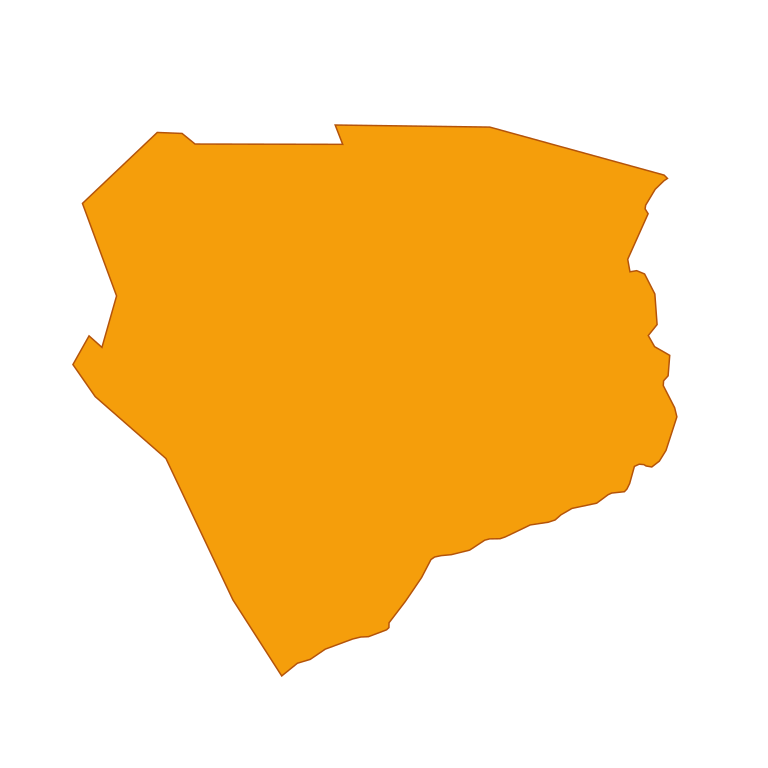 the district of Hart, Georgia, United States of America, rotated 83°
{"feature_id": "52423323B38261098035275", "entity_name": "Hart", "entity_type": "district", "adm_level": 2, "iso_a3": "USA", "parent_name": "United States of America", "parent_adm1": "Georgia", "projection": "equal_earth", "projection_center": [-82.915, 34.353], "detail": "fine", "context": "isolated", "style": "filled", "palette": "amber", "viewbox_px": 768, "rotation_deg": 83, "n_neighbors": 0, "source": "geoboundaries", "source_scale": "gbopen_adm2", "svg_char_len": 1098}
<svg xmlns="http://www.w3.org/2000/svg" viewBox="0 0 768 768"><g transform="rotate(83 384 384)"><path d="M214.5,77.6L210.8,80.5L141.9,247.7L121.0,400.9L141.1,395.8L122.8,542.3L110.7,553.9L106.7,578.4L168.0,661.3L264.0,638.7L313.3,659.5L300.3,670.9L326.8,690.4L361.3,672.2L431.4,609.5L579.8,560.3L661.3,521.1L650.6,504.0L648.3,490.7L640.0,474.6L633.3,446.3L632.3,437.9L632.9,430.2L628.3,411.4L626.4,408.8L621.6,408.1L602.5,389.4L593.2,381.2L580.7,370.3L564.0,358.8L561.9,354.9L561.3,348.2L561.6,338.0L559.3,319.2L551.3,303.1L550.6,298.0L551.7,287.7L550.6,282.4L543.1,260.1L541.7,256.0L541.2,237.7L539.8,230.7L535.4,224.3L530.4,212.6L528.2,187.4L521.2,175.1L520.0,171.3L520.2,158.5L517.9,155.7L512.7,152.3L496.3,145.5L494.7,140.5L495.7,135.8L497.3,133.9L499.0,128.3L494.1,120.1L484.3,112.2L452.3,97.3L443.0,98.4L419.6,107.0L414.9,106.1L410.5,101.0L390.4,96.9L379.9,110.9L368.1,115.8L358.3,105.7L327.7,104.2L307.2,111.7L306.5,112.0L302.3,119.4L302.6,126.2L289.9,126.9L247.2,101.1L242.0,103.5L238.4,102.5L223.8,91.1L216.5,81.5L214.5,77.6Z" fill="#f59e0b" stroke="#b45309" stroke-width="1.5"/></g></svg>